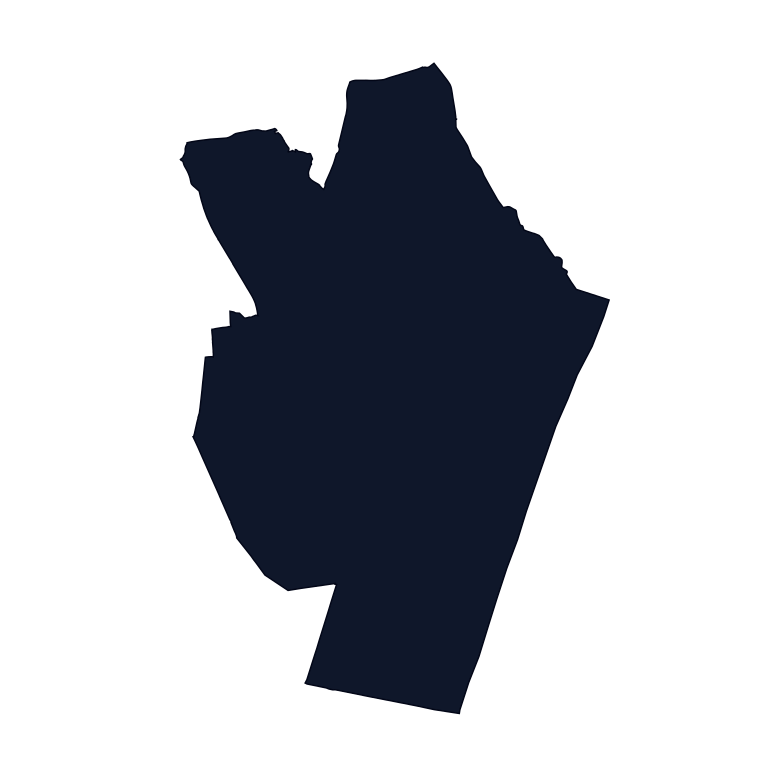 Schagen, Noord-Holland, Netherlands, rotated 184°
{"feature_id": "6326949B3670086386110", "entity_name": "Schagen", "entity_type": "district", "adm_level": 2, "iso_a3": "NLD", "parent_name": "Netherlands", "parent_adm1": "Noord-Holland", "projection": "mercator", "projection_center": [4.782, 52.788], "detail": "fine", "context": "isolated", "style": "filled", "palette": "ink", "viewbox_px": 768, "rotation_deg": 184, "n_neighbors": 0, "source": "geoboundaries", "source_scale": "gbopen_adm2", "svg_char_len": 6058}
<svg xmlns="http://www.w3.org/2000/svg" viewBox="0 0 768 768"><g transform="rotate(184 384 384)"><path d="M356.5,707.4L360.8,703.7L361.6,703.2L362.0,703.0L362.3,702.9L363.3,702.7L365.0,702.9L365.7,702.8L367.1,702.5L367.6,702.8L370.8,701.1L373.3,700.0L397.7,690.8L399.8,690.0L403.9,688.2L405.2,687.7L407.5,687.2L414.0,686.2L419.4,685.8L423.0,685.7L433.5,684.9L434.2,684.8L436.3,684.2L437.7,683.6L439.2,682.7L439.2,682.2L439.4,681.3L440.6,677.1L441.0,675.4L441.3,673.7L441.4,671.9L441.4,670.4L441.3,668.7L440.9,666.0L440.3,661.6L440.1,657.5L440.1,656.5L440.2,654.4L440.6,650.6L440.8,649.5L440.9,649.1L441.2,647.8L443.7,632.7L446.0,619.0L445.9,618.1L445.8,617.7L445.1,616.1L445.0,615.7L444.9,615.4L444.9,614.9L445.1,613.4L445.3,612.7L445.5,612.3L446.1,611.5L447.1,610.5L447.3,610.1L447.6,609.4L449.0,603.0L449.7,600.2L450.4,598.0L452.5,591.5L455.0,584.6L455.5,583.2L455.8,582.5L456.3,580.8L456.6,579.8L456.7,579.1L456.6,578.0L456.5,577.8L456.4,577.4L457.7,573.9L459.3,574.8L460.2,575.6L462.4,577.7L462.3,577.9L463.5,578.7L467.7,580.7L469.5,581.7L470.8,582.5L472.5,584.1L473.4,585.2L473.6,586.5L474.1,588.8L474.1,589.8L474.1,590.5L473.9,591.3L473.6,592.7L472.6,596.3L472.4,597.2L472.4,597.5L472.0,597.6L471.8,597.8L471.7,598.1L471.7,598.3L471.7,598.5L471.9,599.1L472.2,599.4L472.2,599.7L471.9,601.8L471.8,602.1L471.1,603.3L471.1,603.6L472.4,606.4L473.4,608.4L473.7,608.6L474.1,608.7L476.5,608.3L476.8,608.3L479.3,609.2L480.8,609.6L481.8,609.8L485.6,610.0L486.1,610.3L487.8,611.5L488.3,611.6L488.7,611.6L488.7,610.7L488.6,609.4L491.5,610.4L491.6,610.0L491.9,610.1L491.9,609.9L492.4,609.9L495.3,608.9L495.8,609.0L495.3,610.8L495.3,612.2L495.4,612.6L495.7,613.0L497.0,614.5L499.7,617.9L500.2,618.7L500.7,619.8L501.4,620.5L501.8,621.2L502.5,622.5L503.3,623.5L504.2,624.7L505.0,625.6L506.8,626.8L507.1,627.2L509.8,626.3L510.8,628.3L508.6,629.3L508.9,629.9L509.4,630.4L509.9,630.8L510.8,631.2L513.2,630.2L515.1,629.6L518.7,628.3L519.2,628.1L520.6,628.0L522.1,628.0L523.0,627.9L526.6,628.6L527.3,628.7L528.0,628.7L529.6,628.5L530.4,628.2L531.8,628.1L534.4,627.6L540.9,625.7L546.8,624.2L549.4,623.4L551.1,622.4L552.7,621.1L555.0,619.7L556.4,619.0L558.1,618.4L559.2,618.2L574.6,616.0L584.3,614.1L588.6,613.2L594.0,611.9L597.3,610.9L597.3,609.9L597.4,609.5L598.3,607.4L598.6,605.6L598.7,604.8L598.7,604.3L598.5,602.0L598.7,600.4L599.2,598.9L600.1,597.1L600.2,596.5L600.4,595.8L601.5,594.9L602.7,593.8L602.3,593.3L602.0,593.0L601.0,592.6L600.5,592.3L599.9,591.5L599.8,591.4L599.2,589.6L598.5,588.0L597.5,586.4L596.2,584.5L595.0,582.6L593.8,580.4L592.6,577.8L591.7,575.4L591.3,573.9L590.5,571.2L590.2,570.5L589.9,570.1L589.3,569.4L587.8,568.1L586.7,567.3L586.4,567.1L581.8,563.5L580.5,559.3L579.1,555.0L576.9,549.1L576.5,548.0L576.0,546.6L575.5,545.5L573.0,539.8L572.6,538.9L572.4,538.8L572.3,538.3L571.6,536.8L571.2,536.2L567.6,529.5L565.9,526.6L565.5,526.1L564.2,523.8L562.2,520.8L562.1,520.7L558.7,515.8L558.8,515.8L558.5,515.5L557.3,513.7L546.8,498.7L546.7,498.7L543.3,493.7L543.2,493.3L531.1,476.0L527.0,470.0L525.6,468.1L523.4,464.9L521.9,462.7L520.3,460.1L518.9,457.5L517.9,455.4L517.7,454.7L516.6,451.6L515.8,448.8L515.1,445.9L514.7,443.6L514.5,443.4L514.9,443.4L516.2,443.6L516.7,443.6L517.1,443.5L518.3,442.8L519.5,442.3L520.2,441.9L520.6,441.6L521.0,441.4L521.4,441.3L522.8,441.3L523.6,441.1L524.9,440.6L526.5,440.1L527.7,440.0L528.3,440.4L533.1,444.5L536.8,444.5L537.6,444.7L538.8,445.3L542.7,445.8L541.8,436.8L541.6,434.5L541.3,432.8L540.9,430.6L542.9,430.4L544.3,429.9L546.1,429.5L548.9,429.1L555.7,427.5L558.6,426.6L559.4,426.6L559.4,426.3L559.5,425.6L559.3,424.5L559.1,422.9L558.6,420.2L558.3,418.0L558.3,416.7L557.9,414.8L557.9,413.6L557.6,411.8L557.4,410.4L556.7,405.4L556.6,403.8L556.4,402.8L556.3,402.2L556.2,400.2L556.2,399.0L557.6,399.2L560.5,398.9L562.9,398.5L564.0,398.2L564.1,395.7L564.7,377.4L564.9,372.8L565.1,365.2L565.4,357.2L565.8,347.4L566.0,344.8L566.1,342.7L566.4,340.8L566.6,340.4L566.7,339.8L566.8,339.0L566.9,338.9L567.2,337.5L567.2,337.4L567.1,336.9L567.4,335.3L567.7,333.9L568.1,331.4L569.7,320.8L569.9,320.0L570.0,319.8L570.0,319.5L570.1,318.9L570.2,317.9L570.7,317.9L568.0,313.1L564.6,306.9L560.2,298.5L540.6,261.6L540.3,260.9L528.4,238.2L527.1,236.3L526.6,235.3L526.9,235.1L523.0,227.0L521.8,224.9L521.1,223.4L520.5,221.9L520.3,221.3L520.2,220.2L504.6,203.1L501.6,199.4L499.6,197.2L489.4,185.1L465.3,171.4L452.5,174.4L418.9,181.6L419.0,180.9L417.3,180.7L421.5,163.0L423.5,154.2L430.6,124.2L432.6,115.3L433.6,111.4L436.2,100.7L437.6,94.8L440.3,83.6L441.8,80.2L439.9,79.4L420.3,76.8L418.2,76.1L417.5,75.9L414.1,75.4L413.3,75.4L411.5,75.6L410.4,75.5L374.0,70.8L329.6,65.3L311.2,62.7L285.9,60.6L285.6,64.2L278.7,92.1L270.3,118.8L262.8,151.1L256.6,177.2L248.6,209.0L239.9,238.2L233.1,267.2L209.6,353.9L199.6,381.9L191.9,406.6L179.0,436.1L169.5,466.5L165.3,483.5L198.8,491.8L204.5,498.9L207.7,503.3L209.4,505.7L209.7,506.3L209.6,506.7L209.4,507.3L209.2,508.0L209.1,508.6L209.2,508.9L209.6,509.6L210.1,509.9L213.4,511.5L214.4,512.2L214.9,512.6L215.0,513.0L215.0,514.4L214.8,517.2L215.0,519.5L215.3,520.4L216.2,521.3L216.6,521.7L217.6,522.3L218.7,522.6L220.6,522.7L221.7,522.4L222.2,522.3L222.7,522.4L222.9,522.6L223.6,523.3L226.8,527.2L232.2,534.1L235.2,538.3L236.0,539.8L239.6,542.9L240.0,543.1L242.1,543.8L244.6,544.6L246.0,544.8L252.1,546.4L254.0,547.0L254.8,547.3L255.1,547.5L255.3,547.7L255.6,548.3L256.2,550.1L256.5,550.8L256.6,551.0L257.2,551.5L258.5,551.8L258.8,551.9L259.3,552.4L259.6,552.7L261.1,556.5L262.3,558.9L263.0,560.7L264.2,565.8L264.4,566.1L264.7,566.5L265.1,566.8L266.9,567.5L270.6,569.3L271.5,569.5L273.0,569.5L277.4,568.3L281.8,573.4L283.1,575.0L283.9,576.1L292.2,588.6L298.2,597.8L299.0,599.1L300.5,602.1L301.9,604.9L303.0,606.6L303.7,607.4L308.3,611.8L312.2,616.2L312.7,617.0L317.1,626.9L317.7,627.9L322.8,635.1L328.9,643.1L330.1,645.1L330.9,653.0L330.2,653.1L330.2,653.3L330.9,653.2L331.1,655.6L332.3,661.8L335.4,674.8L336.0,677.6L336.6,680.2L337.4,683.4L338.1,685.4L339.0,687.2L339.4,687.8L340.2,688.9L342.0,691.2L348.5,698.6L353.3,703.8L356.5,707.4Z" fill="#0f172a" stroke="#020617" stroke-width="1.5"/></g></svg>